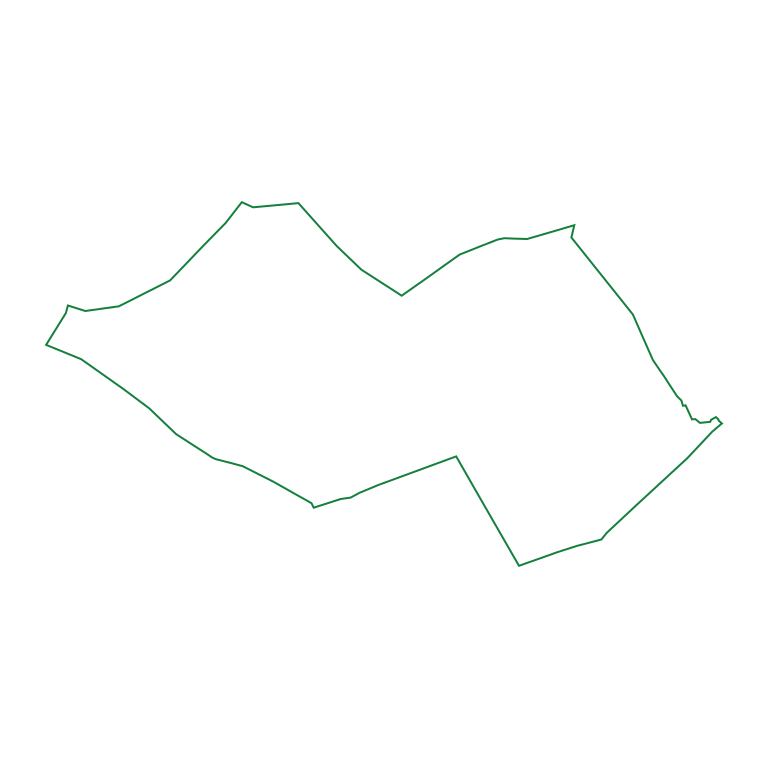 San Pedro Totolápam, Oaxaca, Mexico (orthographic projection)
{"feature_id": "50627088B25351839597383", "entity_name": "San Pedro Totolápam", "entity_type": "district", "adm_level": 2, "iso_a3": "MEX", "parent_name": "Mexico", "parent_adm1": "Oaxaca", "projection": "orthographic", "projection_center": [-96.209, 16.658], "detail": "fine", "context": "isolated", "style": "outline", "palette": "green", "viewbox_px": 768, "rotation_deg": 0, "n_neighbors": 0, "source": "geoboundaries", "source_scale": "gbopen_adm2", "svg_char_len": 1190}
<svg xmlns="http://www.w3.org/2000/svg" viewBox="0 0 768 768"><path d="M459.6,254.6L444.0,265.7L429.6,276.0L423.0,280.7L420.5,282.5L417.7,284.4L401.7,295.7L361.4,269.7L336.7,246.0L298.4,203.1L283.8,204.5L253.1,207.3L241.8,202.2L225.7,222.9L215.9,232.9L202.8,246.3L170.1,280.4L144.2,293.5L118.9,306.3L85.3,311.0L67.9,305.5L65.9,313.0L46.1,344.9L81.2,359.2L123.5,389.1L134.6,397.4L149.3,408.4L164.5,423.0L176.2,434.2L208.6,455.1L211.8,457.3L215.6,459.1L231.6,463.2L242.7,466.2L273.7,481.9L292.8,492.7L311.5,503.2L313.7,507.7L340.7,499.0L350.6,497.6L359.3,492.9L378.3,485.0L456.2,456.4L472.6,485.1L483.5,504.1L519.0,565.8L524.6,563.8L557.3,552.2L576.9,545.9L601.4,539.5L606.5,533.1L610.4,529.4L635.8,505.7L657.8,485.4L668.4,475.6L687.2,458.3L712.2,431.7L721.2,424.0L721.9,423.5L718.9,420.8L718.3,419.3L715.9,417.1L711.0,419.9L710.3,421.8L700.0,422.9L695.3,419.1L692.0,419.4L685.6,405.3L683.0,405.8L681.4,400.5L677.0,396.2L667.6,381.8L664.3,376.6L660.2,370.8L652.9,360.0L643.4,338.5L632.9,314.5L571.4,237.5L574.3,225.2L556.0,230.6L536.1,236.4L527.1,239.0L513.4,238.6L504.4,238.2L498.3,239.4L496.2,240.1L479.6,246.6L468.9,250.9L459.6,254.6Z" fill="none" stroke="#15803d" stroke-width="2"/></svg>